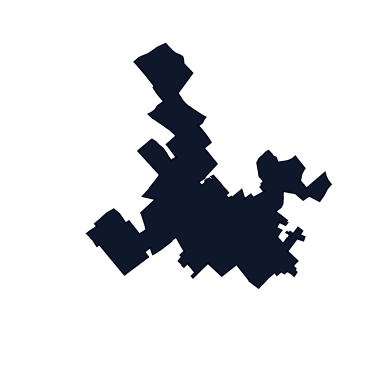 Temax, Yucatán, Mexico (Mercator projection), rotated 224°
{"feature_id": "50627088B89338735771017", "entity_name": "Temax", "entity_type": "district", "adm_level": 2, "iso_a3": "MEX", "parent_name": "Mexico", "parent_adm1": "Yucatán", "projection": "mercator", "projection_center": [-88.871, 21.173], "detail": "fine", "context": "isolated", "style": "filled", "palette": "ink", "viewbox_px": 384, "rotation_deg": 224, "n_neighbors": 0, "source": "geoboundaries", "source_scale": "gbopen_adm2", "svg_char_len": 6018}
<svg xmlns="http://www.w3.org/2000/svg" viewBox="0 0 384 384"><g transform="rotate(224 192 192)"><path d="M287.2,278.6L290.0,281.1L292.5,282.7L293.7,282.6L294.6,282.4L296.9,281.7L298.5,281.0L300.6,280.3L302.0,280.1L303.8,280.0L310.6,280.1L314.0,280.5L317.3,272.1L319.3,261.6L323.0,253.0L323.4,251.8L324.0,245.5L321.5,245.4L316.3,244.9L308.0,244.1L300.4,243.1L292.5,242.0L292.6,240.4L290.8,239.8L285.1,238.6L284.4,238.5L282.5,238.3L280.0,238.0L275.2,237.6L276.4,231.0L276.5,229.5L275.7,226.1L275.7,225.5L276.1,222.3L276.9,219.5L277.6,217.7L274.3,217.7L271.4,217.8L269.3,218.5L267.9,218.6L257.5,220.4L255.8,220.5L252.9,221.1L251.4,221.3L249.4,221.4L245.9,221.6L244.6,221.5L242.3,221.3L242.6,218.9L242.6,218.2L242.8,216.4L242.9,215.3L242.9,214.7L243.1,211.4L243.3,209.8L243.4,208.5L242.4,208.4L241.5,208.3L240.7,208.2L240.1,208.1L239.7,208.0L238.7,207.9L237.3,207.7L236.5,207.6L234.6,207.2L234.1,207.2L233.1,207.0L232.8,206.9L232.3,206.9L231.9,206.8L231.5,206.7L230.1,206.5L229.6,206.4L228.4,206.2L227.6,206.1L227.3,206.0L227.6,205.3L227.8,204.7L228.0,204.4L228.1,204.0L228.2,203.5L228.5,202.4L228.7,201.7L229.0,200.0L229.7,200.2L230.2,200.3L231.9,200.7L232.3,200.7L232.5,200.8L232.9,200.9L233.3,201.0L235.8,201.6L237.1,202.0L237.5,202.1L238.5,202.3L239.0,202.4L239.3,202.5L240.7,202.8L241.1,202.8L241.7,202.9L242.3,203.1L242.8,203.2L243.4,203.2L243.9,203.1L245.3,203.1L247.1,202.9L249.4,202.7L250.8,202.9L251.2,202.9L251.9,202.9L253.7,202.8L256.2,202.3L257.3,202.1L257.6,201.6L258.5,192.4L259.0,188.3L259.4,184.0L256.3,183.8L243.9,183.0L227.1,181.9L225.9,173.0L225.9,172.7L225.3,165.9L224.9,164.9L224.8,164.2L224.7,160.7L224.7,160.3L224.7,157.9L224.6,154.5L223.9,154.9L216.8,159.2L213.1,161.5L213.5,155.3L213.7,151.6L213.8,149.9L213.9,148.2L214.3,141.5L213.7,141.4L206.0,137.4L202.8,135.6L198.9,133.2L199.2,130.5L199.6,129.0L199.9,127.7L200.6,125.1L208.4,126.2L213.3,126.8L217.3,127.4L217.7,125.2L218.2,123.4L220.1,124.0L222.9,124.6L229.2,125.8L232.7,125.6L236.4,125.3L236.6,124.4L238.5,117.9L238.7,115.3L238.9,113.1L239.2,108.3L239.5,105.2L239.9,101.6L236.8,101.3L237.0,99.1L237.3,97.6L237.7,95.9L238.5,91.8L238.8,88.9L237.6,89.0L235.7,88.9L234.4,88.8L233.9,88.8L232.6,88.6L229.8,88.6L228.7,88.3L228.2,88.2L227.1,87.9L226.4,87.7L222.7,86.9L222.3,89.8L216.2,89.2L214.7,89.0L190.7,86.3L182.9,85.5L182.3,90.6L181.8,93.7L181.4,95.7L180.3,102.2L179.5,108.0L179.3,108.3L179.0,111.2L178.2,114.9L180.7,115.3L182.8,115.6L184.5,115.8L183.5,123.3L180.3,121.5L177.5,120.1L176.9,119.8L176.3,121.4L175.4,124.7L174.9,127.4L174.6,128.5L172.6,141.4L172.6,142.3L172.9,144.0L172.2,148.6L170.1,148.0L166.8,147.0L165.1,146.5L162.5,145.7L160.0,145.0L158.8,144.7L157.8,144.4L156.4,144.0L156.6,140.0L156.7,138.4L154.1,138.2L154.1,135.4L153.9,132.9L148.2,133.0L148.2,132.3L146.5,132.3L145.7,132.3L145.6,137.4L143.6,137.2L139.4,136.9L136.8,136.5L133.9,136.3L134.0,131.1L131.6,130.9L131.4,142.1L131.3,146.1L131.0,151.8L118.9,152.1L117.1,152.1L116.5,152.1L112.2,152.2L109.7,170.9L89.6,168.2L89.0,167.7L77.3,169.2L77.4,178.9L77.5,183.9L76.6,191.7L73.1,191.0L72.5,196.6L68.7,197.5L68.5,201.1L62.8,202.5L62.7,202.4L60.0,202.4L60.9,207.1L63.8,207.3L64.1,209.0L68.1,209.1L68.0,215.9L74.0,215.8L82.1,215.7L82.7,220.5L84.0,231.4L78.0,234.3L79.7,238.1L84.6,236.2L85.4,240.8L91.2,240.2L91.0,239.1L90.5,235.0L90.1,232.3L94.0,231.7L93.9,230.0L96.2,229.4L96.1,228.1L95.5,228.3L93.8,228.9L93.9,229.9L93.1,230.0L92.9,228.7L89.8,229.1L89.7,228.8L90.8,228.7L91.6,228.6L91.0,224.6L91.5,224.6L90.5,218.4L92.6,218.3L99.4,218.8L100.4,223.5L100.8,226.8L106.7,225.0L107.9,231.1L101.6,233.0L101.9,236.4L103.4,235.9L103.8,237.7L118.3,236.2L118.3,236.8L117.9,239.3L117.4,242.3L117.4,242.5L117.6,243.5L117.9,244.5L118.1,245.1L118.5,246.4L118.9,246.9L122.4,251.1L124.4,252.9L125.7,254.3L126.8,256.1L120.8,259.9L118.5,261.6L118.4,261.7L118.2,261.8L117.3,262.4L116.9,262.8L115.9,262.8L115.5,262.8L113.3,263.0L111.5,263.0L110.8,263.2L106.4,263.4L105.0,270.6L93.7,273.9L94.2,276.5L94.5,278.9L95.0,281.8L97.0,288.3L97.1,289.9L97.1,291.4L97.3,292.7L97.2,294.1L100.2,294.6L102.8,295.0L106.4,296.4L110.0,298.5L110.0,297.6L112.2,274.3L114.9,274.6L117.1,274.8L120.1,275.0L121.6,274.9L125.7,281.2L127.0,285.7L127.2,287.4L135.0,288.5L135.4,288.5L139.0,288.9L142.6,289.5L142.7,288.6L142.7,286.8L142.9,285.4L143.8,283.4L144.4,281.5L148.1,276.4L148.7,275.8L150.5,273.0L152.2,273.6L152.5,273.6L153.8,274.4L155.8,275.3L157.1,274.6L158.4,274.2L161.4,274.8L164.7,274.9L165.7,275.0L166.1,273.8L166.3,272.7L166.5,271.9L166.6,271.2L166.5,269.1L166.6,267.0L166.6,266.7L166.7,266.3L166.8,265.9L166.9,263.3L166.8,262.0L166.5,261.1L166.3,260.5L165.8,259.6L165.9,258.9L165.5,258.2L164.4,257.3L164.2,257.2L157.3,252.2L155.2,250.4L154.3,250.0L153.0,249.9L151.8,250.0L147.6,249.3L148.0,245.9L146.3,245.7L146.4,244.3L146.5,243.0L145.8,242.9L144.7,242.7L144.0,242.6L143.1,242.5L141.9,242.4L141.3,242.4L140.4,242.5L141.0,240.5L141.5,238.8L142.7,234.9L143.8,231.0L145.3,230.7L148.1,231.3L148.3,229.9L148.7,227.3L149.1,223.4L149.7,223.8L149.7,224.4L150.0,224.6L151.3,224.6L152.7,225.4L158.0,228.3L158.0,228.1L158.1,226.3L159.0,218.5L159.3,215.9L160.8,216.0L161.2,213.0L163.1,213.0L165.6,213.5L165.2,216.7L168.3,217.1L172.2,217.2L177.9,218.0L185.7,218.6L188.1,218.8L188.5,217.6L189.0,216.3L186.1,216.0L186.3,214.1L189.2,214.0L189.7,212.3L190.2,211.5L190.4,209.8L190.5,209.0L189.0,208.8L189.6,203.4L194.3,203.8L193.7,205.9L193.4,207.2L192.5,210.8L193.1,210.9L193.3,218.1L193.3,221.5L193.4,222.2L193.5,229.6L198.1,230.2L198.6,230.1L199.1,230.3L201.3,230.5L202.5,230.7L205.4,231.1L205.5,231.1L213.1,231.9L213.8,232.0L213.7,232.6L213.1,237.9L212.8,240.9L214.7,241.4L217.7,242.1L220.0,242.5L222.8,243.0L225.1,243.3L227.7,243.6L229.6,243.8L231.0,243.9L232.1,244.0L233.5,244.2L233.2,245.9L232.9,247.1L232.8,248.7L233.2,251.0L233.6,251.5L233.9,253.0L234.1,255.4L236.9,254.5L248.3,252.2L253.3,251.5L254.0,251.1L255.4,251.1L257.1,250.9L261.7,251.2L266.2,252.3L269.0,252.8L270.9,253.6L271.5,258.0L272.1,262.5L274.2,278.0L280.0,278.3L281.7,278.3L287.2,278.6Z" fill="#0f172a" stroke="#020617" stroke-width="1.5"/></g></svg>